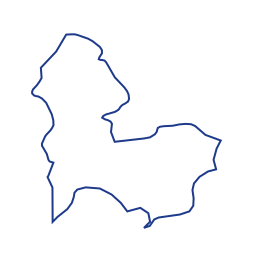 an SVG outline of Durrës, rotated 262°
{"feature_id": "ALB-1494", "entity_name": "Durrës", "entity_type": "County", "adm_level": 1, "iso_a3": "ALB", "parent_name": "Albania", "parent_adm1": "", "projection": "mercator", "projection_center": [19.648, 41.417], "detail": "fine", "context": "isolated", "style": "outline", "palette": "blue", "viewbox_px": 256, "rotation_deg": 262, "n_neighbors": 0, "source": "natural_earth", "source_scale": "10m", "svg_char_len": 1444}
<svg xmlns="http://www.w3.org/2000/svg" viewBox="0 0 256 256"><g transform="rotate(262 128 128)"><path d="M74.8,209.5L73.8,201.1L69.7,192.0L63.9,185.6L57.6,183.2L49.1,183.2L41.9,181.8L36.9,177.2L35.1,167.4L35.1,145.9L33.8,141.3L28.0,135.9L26.9,129.9L32.1,136.8L40.8,136.3L47.2,129.1L45.5,115.7L54.8,110.5L64.4,102.5L72.0,91.7L75.1,77.9L74.1,69.2L71.4,66.0L67.2,64.7L61.7,62.0L56.1,56.6L49.8,45.9L45.5,40.3L79.6,44.9L90.6,41.5L91.8,42.5L104.1,49.3L105.5,46.1L106.3,45.4L107.6,44.8L113.6,44.0L122.3,40.4L124.5,40.6L131.1,44.7L132.8,46.3L136.2,50.6L138.3,52.6L141.1,54.6L146.0,55.1L152.2,54.4L164.3,50.5L169.2,46.9L171.7,43.6L172.3,41.5L173.2,39.6L175.5,37.9L177.4,38.1L179.5,39.4L183.1,43.8L186.7,47.2L189.6,49.4L199.8,50.1L213.7,67.5L229.1,79.8L228.6,85.3L228.2,88.3L227.1,91.0L222.0,100.9L218.9,105.0L212.1,111.5L208.7,113.0L205.6,112.6L201.9,109.4L200.2,108.6L199.3,110.1L198.9,112.1L198.0,114.2L196.1,115.5L180.0,122.0L168.6,130.1L164.6,132.2L161.2,133.2L156.6,133.1L154.2,131.7L152.6,128.5L151.7,125.9L150.7,124.3L149.6,123.1L147.8,121.6L146.5,119.2L145.7,116.8L144.5,108.1L143.3,105.1L141.8,103.9L139.8,106.4L138.6,109.1L136.8,111.6L134.4,112.7L126.4,110.6L116.2,112.9L115.4,142.4L115.7,148.5L118.0,153.7L120.1,155.8L123.9,157.5L124.8,159.9L124.8,163.8L124.0,172.7L124.4,179.2L124.1,185.3L123.0,190.9L120.6,194.8L110.4,203.7L102.7,218.1L95.3,212.9L84.6,208.3L74.9,209.5L74.8,209.5Z" fill="none" stroke="#1e3a8a" stroke-width="2"/></g></svg>